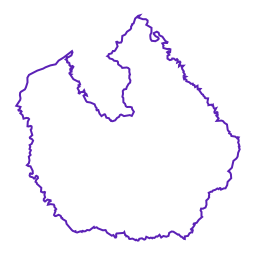 the district of Goiatins, Tocantins, Brazil
{"feature_id": "56859067B69520863408764", "entity_name": "Goiatins", "entity_type": "district", "adm_level": 2, "iso_a3": "BRA", "parent_name": "Brazil", "parent_adm1": "Tocantins", "projection": "albers", "projection_center": [-47.51, -8.02], "detail": "fine", "context": "isolated", "style": "outline", "palette": "violet", "viewbox_px": 256, "rotation_deg": 0, "n_neighbors": 0, "source": "geoboundaries", "source_scale": "gbopen_adm2", "svg_char_len": 5732}
<svg xmlns="http://www.w3.org/2000/svg" viewBox="0 0 256 256"><path d="M72.0,51.1L63.8,57.4L58.6,60.6L55.7,64.3L50.4,65.4L45.5,67.3L43.2,68.6L37.3,70.6L29.0,74.9L27.4,77.7L27.5,82.4L25.9,87.4L24.9,89.4L20.9,91.8L20.1,92.9L19.9,95.2L20.5,98.2L20.2,99.9L16.3,105.8L20.5,106.9L19.7,109.0L18.4,110.0L18.7,110.6L21.0,110.8L21.6,111.5L20.3,113.2L22.6,115.2L23.5,118.7L26.4,117.9L28.3,118.2L29.1,119.1L27.8,121.6L27.5,126.3L28.6,126.5L30.5,125.9L31.4,126.2L31.7,126.9L31.5,128.9L30.7,129.8L32.3,135.1L29.8,137.4L30.0,138.3L32.1,139.2L33.1,140.7L31.6,143.9L29.6,145.1L30.3,146.8L29.5,149.0L30.9,150.2L29.6,153.0L30.6,154.9L28.8,156.6L29.5,160.3L28.8,163.3L26.9,165.2L28.4,166.1L30.5,166.3L32.7,170.9L32.8,173.4L32.0,174.0L30.5,173.3L30.0,173.6L29.6,175.6L30.2,176.6L32.7,177.3L34.1,178.6L35.0,178.0L35.7,176.2L36.4,175.8L37.7,176.6L38.0,178.1L36.2,179.9L35.5,181.8L36.7,182.7L36.9,183.8L41.3,187.8L41.0,191.6L43.0,192.5L44.3,191.9L45.0,192.2L44.4,194.9L45.1,197.3L43.8,199.0L43.8,200.5L45.0,201.5L47.5,199.6L50.6,200.3L50.7,201.1L49.1,201.9L48.5,202.7L47.9,204.7L50.7,204.1L53.8,204.6L54.4,205.8L54.3,206.8L56.2,209.1L55.0,210.3L55.5,211.0L54.0,215.0L54.8,215.9L55.8,216.1L58.6,214.8L60.2,215.6L61.0,216.3L61.3,217.8L62.2,218.0L62.4,218.9L65.9,221.0L66.6,223.9L71.7,229.9L72.8,230.9L74.6,231.5L75.4,231.2L75.5,232.0L77.1,232.5L80.4,231.3L81.8,231.9L82.0,231.1L82.8,230.8L83.8,231.4L85.4,231.2L87.1,230.0L89.5,230.3L93.9,226.9L94.4,227.9L96.7,227.3L98.0,228.4L102.9,230.3L105.6,230.1L107.0,232.6L111.8,235.7L113.4,235.0L115.1,237.5L115.8,237.5L116.3,236.8L116.1,234.3L116.6,233.5L123.7,232.9L124.3,232.1L125.2,235.1L126.1,235.5L126.3,236.3L127.1,236.1L128.6,237.1L129.1,238.7L129.9,239.0L132.6,238.6L135.6,240.2L136.2,239.7L137.6,240.6L138.5,240.5L139.3,238.8L140.3,238.6L142.0,238.3L144.2,239.6L145.3,239.2L146.3,236.8L149.5,238.2L150.9,237.6L152.3,238.3L152.9,237.7L154.5,237.9L156.2,236.4L157.5,236.6L159.5,234.8L161.2,237.5L163.4,236.0L166.3,236.7L168.5,235.9L169.2,232.9L171.6,231.5L173.4,231.7L178.0,234.7L178.8,234.4L180.9,236.7L181.6,236.7L183.9,238.8L184.8,239.0L184.8,236.4L188.0,235.9L189.4,233.4L191.2,232.3L192.2,232.4L192.8,230.3L192.4,229.4L191.4,229.8L191.0,229.2L192.7,227.8L194.4,225.4L194.7,224.7L193.6,224.1L193.9,223.5L196.7,222.8L198.8,219.8L202.2,216.9L201.5,216.2L201.5,211.9L200.6,210.5L201.1,208.6L202.9,208.7L205.5,207.5L206.5,204.8L206.3,200.5L208.1,198.9L209.2,197.1L208.9,196.2L209.3,194.4L208.7,192.8L211.1,191.6L211.9,191.8L213.0,190.5L215.4,189.8L217.3,188.5L218.7,189.2L219.7,188.1L220.4,188.1L221.0,189.6L223.8,188.4L225.5,188.3L227.2,185.1L227.6,181.9L231.2,178.2L230.9,174.2L230.1,172.5L228.3,171.2L231.9,167.7L233.4,160.9L236.4,158.5L237.6,156.6L238.2,152.7L239.7,149.2L239.0,147.8L239.5,146.8L238.8,146.2L239.3,145.3L238.1,142.3L238.7,141.0L238.4,139.1L237.7,138.7L238.6,137.4L237.6,137.2L236.7,137.7L235.2,136.6L231.4,136.0L230.9,134.2L229.1,133.3L229.6,131.8L228.2,130.8L227.7,129.8L227.0,124.5L224.5,122.9L223.1,121.2L221.6,120.6L216.7,120.9L218.6,118.3L216.5,115.9L217.6,115.5L217.7,114.6L216.9,114.0L217.5,113.3L217.5,112.4L216.9,112.0L215.2,113.3L214.5,112.7L214.4,111.6L216.1,108.2L214.5,108.8L213.7,107.9L212.9,104.7L212.1,105.4L211.4,104.7L208.4,105.2L208.4,104.1L207.4,102.4L208.1,98.4L205.8,98.3L204.8,97.8L204.7,96.9L203.3,95.7L203.1,94.7L201.9,94.1L199.2,90.3L200.4,88.9L199.2,88.8L198.6,89.5L197.7,89.3L197.5,85.8L195.1,87.1L194.4,85.1L193.0,84.9L192.8,83.7L190.9,83.8L189.4,82.3L186.3,81.2L186.5,80.0L185.4,79.1L184.2,79.4L183.7,77.8L186.0,76.6L183.7,75.8L184.8,74.3L183.3,72.1L183.8,71.3L182.3,69.2L181.7,66.9L182.5,66.8L183.5,65.7L181.4,65.8L180.3,65.1L179.0,66.2L179.1,64.8L179.8,64.2L180.4,62.2L179.8,61.5L177.2,62.6L177.8,60.0L177.0,59.1L175.7,60.1L173.8,58.6L172.2,58.5L171.7,59.6L169.8,60.1L167.5,58.6L167.5,55.8L169.3,54.8L167.1,52.2L168.4,51.3L169.5,52.5L170.1,52.3L170.4,49.3L169.3,48.9L166.9,49.0L163.4,48.0L163.2,46.2L163.6,45.5L162.3,43.4L163.9,42.9L167.1,43.0L167.5,42.1L165.4,41.0L162.4,36.7L159.4,35.3L158.6,32.7L156.8,31.7L153.8,33.1L153.7,33.9L155.6,36.2L158.2,37.5L158.7,38.8L157.6,40.0L155.3,41.2L151.7,40.8L150.6,39.0L150.3,36.2L150.3,34.9L151.4,32.6L151.5,27.8L146.3,24.8L147.6,22.4L147.6,20.5L145.9,19.2L142.9,19.2L138.1,17.5L139.8,15.4L138.1,15.9L135.2,18.5L133.6,23.4L132.0,24.3L132.2,25.0L131.1,26.5L131.1,28.3L130.3,29.5L127.0,31.7L125.3,34.5L122.3,36.0L121.9,41.0L121.1,42.5L118.8,42.8L117.1,41.7L116.3,42.0L117.6,46.3L115.1,50.5L114.4,51.1L112.9,51.0L111.6,53.4L108.8,54.1L108.3,55.6L107.4,56.2L108.8,57.0L109.5,58.4L112.5,59.2L114.0,60.7L117.3,61.2L117.9,61.9L118.2,64.4L121.3,66.5L122.2,67.9L126.8,67.5L128.2,68.0L129.4,69.2L129.3,72.0L130.0,74.7L129.4,75.3L129.3,78.2L130.4,80.3L130.1,82.6L128.5,84.0L126.8,87.0L126.2,89.0L124.0,89.4L122.8,91.0L123.0,93.9L122.4,96.8L123.3,98.0L123.4,102.2L125.1,103.9L125.8,106.2L127.1,107.0L130.2,106.9L131.8,107.4L132.2,109.2L133.9,111.8L131.8,115.9L129.8,115.1L124.0,116.1L121.3,114.6L120.5,114.7L119.9,115.1L119.1,116.8L117.1,117.9L115.2,120.3L112.7,121.2L111.1,121.0L111.0,120.3L110.2,120.1L108.9,118.2L106.4,117.7L105.1,114.5L104.3,114.3L101.5,116.1L99.5,113.6L98.3,110.0L96.8,110.3L96.4,109.8L96.7,108.2L95.6,106.9L94.6,104.3L90.4,102.5L87.1,102.0L86.2,101.1L83.5,95.7L84.7,94.7L86.9,95.6L86.5,94.2L84.3,92.3L84.5,91.2L84.1,90.2L82.8,92.0L80.7,92.1L79.6,93.5L78.7,93.2L79.0,90.9L77.6,88.3L77.9,87.5L79.5,86.5L78.6,85.2L80.1,84.5L79.8,83.5L78.9,81.4L78.1,81.6L73.4,79.2L70.6,75.0L71.4,74.4L69.7,73.9L69.4,73.2L70.8,72.1L70.5,70.6L71.6,71.1L71.6,70.0L70.4,69.0L72.1,67.7L72.5,68.3L73.4,66.8L72.6,66.0L71.1,66.7L70.4,66.4L70.3,65.5L69.4,65.1L69.4,63.2L68.5,62.4L67.5,62.6L67.0,62.0L67.2,60.4L65.7,59.5L67.0,58.4L66.6,57.1L68.6,57.1L71.4,55.4L72.5,52.3L72.0,51.1Z" fill="none" stroke="#5b21b6" stroke-width="2"/></svg>